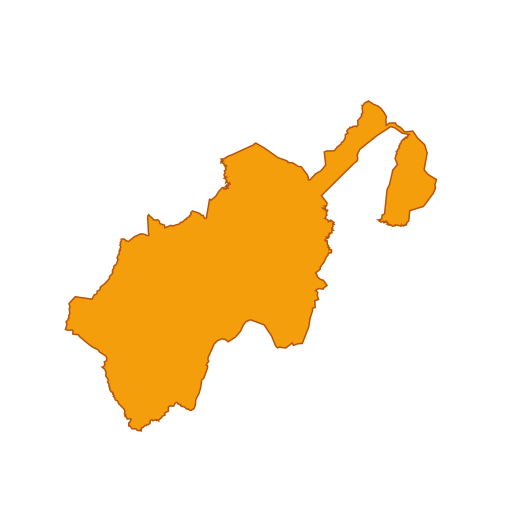 Na Wang, Nong Bua Lam Phu, Thailand (Albers equal-area conic projection), rotated 240°
{"feature_id": "78962969B46616505195468", "entity_name": "Na Wang", "entity_type": "district", "adm_level": 2, "iso_a3": "THA", "parent_name": "Thailand", "parent_adm1": "Nong Bua Lam Phu", "projection": "albers", "projection_center": [102.064, 17.314], "detail": "fine", "context": "isolated", "style": "filled", "palette": "amber", "viewbox_px": 512, "rotation_deg": 240, "n_neighbors": 0, "source": "geoboundaries", "source_scale": "gbopen_adm2", "svg_char_len": 6081}
<svg xmlns="http://www.w3.org/2000/svg" viewBox="0 0 512 512"><g transform="rotate(240 256 256)"><path d="M232.0,450.5L240.5,445.8L246.6,444.7L259.6,455.7L268.1,457.7L277.4,454.9L285.7,454.3L289.2,446.8L294.5,445.7L299.5,443.0L301.5,443.3L304.3,438.4L304.1,434.1L309.8,437.0L311.3,438.6L316.8,438.6L321.2,438.0L324.8,436.6L328.7,433.6L334.1,430.9L333.6,429.8L334.2,429.5L334.1,426.2L332.8,423.7L333.3,423.0L331.7,422.9L331.3,422.0L326.6,420.0L326.4,418.6L325.2,417.6L324.4,417.7L322.4,411.8L318.6,409.9L317.6,407.9L318.7,407.3L319.7,404.4L319.3,403.8L320.4,401.6L319.7,401.3L319.8,399.2L318.7,396.9L316.3,397.0L316.6,394.2L313.5,392.2L311.5,388.7L311.4,386.7L310.3,385.6L309.9,381.1L307.9,376.4L311.7,369.6L311.9,367.1L300.0,361.9L297.3,354.9L297.4,348.8L294.9,340.7L296.0,339.5L297.8,340.6L300.6,341.0L310.8,339.8L312.2,337.5L318.3,334.4L321.0,330.4L321.9,330.8L323.5,329.9L330.4,324.1L344.8,317.5L353.9,312.3L353.9,310.4L353.4,310.3L355.9,283.6L356.4,283.3L356.2,276.8L357.3,274.3L355.0,275.0L356.0,273.7L354.5,272.4L354.5,273.8L353.6,273.2L352.1,274.4L350.6,273.9L349.4,275.3L349.2,274.2L348.3,274.8L348.0,273.8L345.8,273.3L345.6,271.2L343.5,271.0L342.4,268.9L340.5,268.6L339.1,269.8L339.3,267.3L337.6,268.4L336.4,268.3L334.7,266.6L335.0,268.1L334.0,267.6L332.9,268.5L332.7,269.8L331.5,269.5L332.5,268.9L332.1,267.9L331.1,268.0L330.6,266.9L332.1,266.2L331.3,264.0L330.4,264.5L330.7,265.5L328.7,265.7L329.5,264.2L328.9,263.2L329.6,263.0L330.1,261.8L331.4,262.4L332.0,260.7L330.5,255.9L327.8,250.9L326.8,244.8L328.2,244.5L328.1,243.9L313.8,232.1L313.6,231.3L314.3,230.2L317.7,230.5L318.4,229.0L319.6,229.1L322.1,227.7L326.8,223.4L325.9,221.0L324.4,220.4L324.3,218.7L323.4,218.5L323.5,215.1L322.7,214.0L323.1,213.5L322.2,208.7L322.8,207.7L322.1,205.6L323.8,198.6L325.1,197.6L326.0,191.1L328.4,192.2L332.2,188.9L334.1,189.7L336.5,189.1L337.8,185.9L345.5,183.6L344.5,182.0L330.0,174.5L327.7,173.9L327.6,172.5L331.1,169.8L332.9,167.0L333.5,160.0L332.3,152.9L334.1,151.2L336.6,150.4L338.0,147.7L336.5,147.0L335.5,145.2L333.5,144.3L333.5,143.6L331.3,143.5L330.5,142.0L328.7,141.3L329.3,140.5L325.9,138.4L325.9,137.4L324.2,135.2L323.4,134.6L322.4,135.0L320.8,133.5L318.4,130.4L318.6,128.9L318.0,127.6L316.8,127.0L315.4,124.5L312.7,123.1L311.5,119.0L309.8,117.8L307.6,111.2L306.9,105.7L304.8,104.0L304.9,100.7L303.4,100.0L302.8,98.2L303.3,96.5L300.6,92.4L311.1,79.1L308.6,71.0L308.0,70.1L304.9,69.6L303.8,67.9L299.5,66.1L297.9,64.0L295.7,62.9L295.8,62.2L294.5,60.8L294.1,58.7L291.1,58.0L287.8,54.3L286.3,55.3L283.6,59.9L282.4,60.0L280.0,58.3L276.6,62.8L274.4,62.9L263.2,67.0L258.8,69.0L253.8,72.3L251.0,72.6L244.3,76.0L242.1,75.6L240.0,74.2L240.2,71.7L237.5,70.8L236.3,68.7L236.8,67.2L233.4,68.4L230.1,68.0L227.3,65.9L222.6,66.3L221.0,64.4L218.1,64.7L216.9,63.4L214.9,63.6L213.6,62.5L210.6,62.7L209.5,63.9L208.0,62.9L206.2,63.4L205.7,62.3L204.3,62.8L201.6,62.2L199.7,63.7L197.1,63.2L189.2,65.2L186.3,64.4L185.2,63.1L183.5,63.8L183.3,62.6L182.3,62.5L182.2,63.2L179.1,63.0L178.0,65.8L177.0,66.2L174.9,63.1L175.1,62.4L172.4,60.8L171.8,61.9L168.2,62.3L166.6,65.5L164.4,66.0L162.7,68.0L163.3,69.0L162.1,69.2L164.5,71.2L164.0,72.6L164.7,75.1L164.0,76.0L164.5,77.0L163.8,78.4L164.1,80.5L166.4,82.3L166.3,84.0L164.9,84.2L164.4,87.5L163.4,87.5L163.2,88.8L161.8,89.3L162.6,89.8L163.3,93.4L164.2,94.6L163.7,97.6L165.7,98.4L165.5,102.6L168.9,104.5L169.4,107.0L168.5,107.3L167.2,109.7L169.0,112.5L168.9,113.9L168.7,114.5L166.5,114.6L164.9,116.5L164.1,115.8L163.3,116.0L161.0,118.7L159.1,119.0L157.6,119.9L157.4,120.8L155.4,121.5L154.7,122.9L154.8,126.0L157.4,129.1L161.9,132.2L165.3,137.7L169.5,142.1L175.9,147.1L176.2,149.5L183.4,158.2L185.4,159.2L186.2,158.4L186.9,158.8L188.4,162.4L190.5,162.7L191.9,163.6L200.8,175.9L201.9,180.3L201.3,185.3L198.8,187.8L195.6,189.0L196.0,197.3L198.6,205.0L202.4,210.3L204.1,214.2L203.6,219.3L192.4,228.6L178.9,229.5L168.4,228.0L165.6,228.8L165.4,230.7L161.4,235.8L162.6,243.9L159.9,243.7L159.1,248.3L157.1,252.4L168.3,266.3L174.9,271.6L180.4,277.7L182.5,278.8L181.8,281.5L187.8,284.6L187.1,288.4L191.3,289.4L193.7,291.3L196.5,290.3L196.4,294.1L193.7,297.7L194.6,299.0L194.9,302.8L201.3,302.2L203.5,300.1L207.2,298.8L209.5,299.4L211.4,299.0L212.5,304.9L214.1,306.0L216.9,312.1L220.2,316.8L220.5,318.5L222.4,320.2L221.2,322.4L221.5,323.3L223.5,324.4L224.7,323.1L225.8,323.6L225.5,322.7L226.8,323.6L227.6,322.8L228.6,324.0L230.2,323.5L233.5,325.2L234.6,323.5L235.4,323.5L236.3,326.6L237.1,326.4L236.3,327.5L235.5,326.9L235.6,328.2L236.6,328.4L236.4,329.3L238.0,329.2L238.1,331.3L239.0,330.9L238.1,333.4L239.3,333.8L240.0,334.7L239.8,335.7L240.9,334.9L242.0,335.5L241.7,336.2L242.6,336.2L243.1,337.5L244.5,338.0L244.3,339.5L245.7,339.0L246.0,340.3L249.0,339.0L248.8,338.2L249.8,338.3L249.4,335.8L251.3,336.3L254.3,334.4L254.3,335.3L255.8,336.7L256.0,338.0L257.4,338.0L259.3,339.9L259.8,341.5L260.2,339.3L261.0,339.7L261.5,339.0L261.8,339.9L262.6,339.9L263.1,337.8L264.1,337.6L263.1,338.8L263.4,340.6L263.9,341.1L265.0,340.4L264.2,342.3L266.5,344.1L275.6,342.9L287.2,387.0L287.7,390.7L289.2,392.7L293.1,394.1L293.2,395.0L294.0,395.4L296.6,399.7L299.8,421.1L300.7,437.4L297.4,440.4L289.2,444.1L284.6,449.5L284.4,447.6L283.4,447.0L283.7,446.0L283.1,445.7L283.9,445.0L283.2,444.7L283.3,444.0L283.8,443.6L283.4,442.3L282.8,442.4L283.3,441.2L282.3,438.7L281.1,437.9L281.1,436.7L280.0,436.0L279.6,434.5L278.0,434.4L277.5,432.1L276.2,430.8L276.4,429.7L273.8,429.0L273.7,428.0L270.9,425.2L264.4,424.2L262.1,417.5L251.1,407.3L248.0,402.7L228.6,388.7L228.0,387.3L228.5,385.9L225.2,383.3L226.1,380.0L225.2,380.8L224.8,380.4L224.6,381.0L224.2,380.5L222.8,381.2L222.3,383.6L220.9,383.4L220.5,384.6L221.3,385.1L221.0,386.3L220.3,385.4L220.4,386.0L218.7,386.6L218.2,385.4L217.5,386.3L216.6,385.7L217.0,386.4L216.5,386.4L216.5,387.6L215.6,387.6L214.9,388.8L213.8,388.9L213.0,390.4L213.3,391.2L212.6,391.8L213.2,392.6L209.5,396.4L210.1,397.2L209.4,397.0L209.0,398.6L208.2,398.9L208.6,399.4L207.8,401.5L208.5,401.4L208.4,402.5L209.7,403.6L209.9,405.7L218.4,411.8L215.2,425.8L221.6,440.7L224.9,445.2L228.4,446.7L232.0,450.5Z" fill="#f59e0b" stroke="#b45309" stroke-width="1.5"/></g></svg>